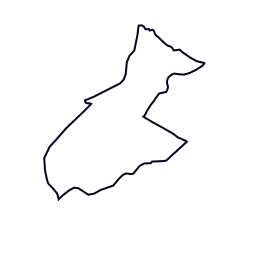 the district of Bendasi, Central Darfur, Sudan, rotated 31°
{"feature_id": "16777658B55033891828638", "entity_name": "Bendasi", "entity_type": "district", "adm_level": 2, "iso_a3": "SDN", "parent_name": "Sudan", "parent_adm1": "Central Darfur", "projection": "albers", "projection_center": [22.811, 12.051], "detail": "fine", "context": "isolated", "style": "outline", "palette": "ink", "viewbox_px": 256, "rotation_deg": 31, "n_neighbors": 0, "source": "geoboundaries", "source_scale": "gbopen_adm2", "svg_char_len": 1693}
<svg xmlns="http://www.w3.org/2000/svg" viewBox="0 0 256 256"><g transform="rotate(31 128 128)"><path d="M84.4,34.7L85.8,38.2L87.7,42.1L93.5,58.3L93.1,60.5L92.1,65.1L92.4,67.6L92.8,69.9L93.0,72.0L98.3,82.9L99.4,88.8L98.1,94.2L95.6,98.1L91.8,104.1L88.9,108.7L87.4,111.1L82.1,119.6L81.2,120.7L79.8,122.6L79.5,122.9L78.3,124.6L78.2,124.7L77.9,125.2L77.7,125.4L77.6,125.5L77.4,125.7L77.3,125.9L77.2,125.9L76.9,126.4L77.8,127.5L78.9,128.0L80.1,127.9L81.7,127.0L83.2,126.4L83.9,126.3L84.0,126.3L83.7,127.3L83.7,127.7L81.8,135.7L75.8,157.6L75.8,157.8L75.0,160.7L72.2,176.4L70.5,184.4L71.7,197.0L75.7,202.7L75.8,202.8L78.3,206.6L79.5,207.9L80.7,209.3L82.5,211.1L84.2,213.1L85.8,214.5L87.4,216.1L89.1,216.9L90.6,217.3L93.7,218.2L95.4,218.7L98.7,219.8L101.0,220.7L101.7,221.3L102.9,222.4L104.0,223.4L104.6,224.0L105.3,224.9L105.6,223.8L106.6,219.8L109.4,212.4L112.4,207.0L116.4,205.2L128.3,205.6L132.8,201.7L136.5,195.2L145.0,184.9L145.6,181.1L146.4,176.1L147.6,171.2L149.8,167.9L154.2,166.0L156.1,164.4L157.5,154.5L160.2,150.0L165.7,146.4L165.8,144.5L175.3,138.1L177.5,136.4L180.2,127.2L185.5,109.4L185.0,109.2L179.2,109.9L175.6,110.4L169.7,109.7L156.8,109.9L146.6,110.4L140.2,110.4L135.8,110.4L135.3,110.4L135.4,110.1L135.9,107.7L135.4,103.6L135.6,96.7L136.3,91.3L136.3,88.5L136.9,82.4L142.2,77.3L142.0,75.2L141.4,72.5L137.9,68.9L136.9,66.7L136.6,63.7L137.9,59.8L139.7,57.5L143.7,55.8L148.5,53.4L152.4,49.2L156.5,42.9L159.8,36.2L160.2,33.3L159.8,33.0L152.8,35.3L145.4,35.6L135.4,35.0L131.9,34.2L127.4,37.9L123.4,36.2L119.2,37.0L113.3,36.0L107.5,34.6L103.9,34.2L100.0,31.4L98.6,31.1L96.3,33.3L94.8,32.4L92.1,34.4L89.7,33.0L87.0,32.9L84.4,34.7Z" fill="none" stroke="#020617" stroke-width="2"/></g></svg>